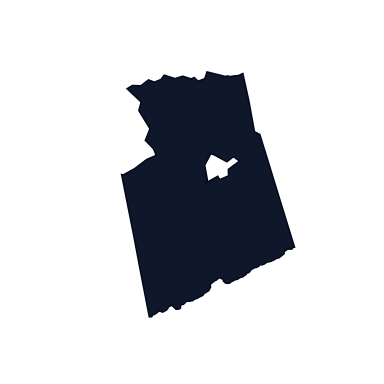 outline of Rockingham, Virginia, United States of America, rotated 218°
{"feature_id": "52423323B95722418747105", "entity_name": "Rockingham", "entity_type": "district", "adm_level": 2, "iso_a3": "USA", "parent_name": "United States of America", "parent_adm1": "Virginia", "projection": "natural_earth1", "projection_center": [-78.991, 38.528], "detail": "fine", "context": "isolated", "style": "filled", "palette": "ink", "viewbox_px": 384, "rotation_deg": 218, "n_neighbors": 0, "source": "geoboundaries", "source_scale": "gbopen_adm2", "svg_char_len": 2034}
<svg xmlns="http://www.w3.org/2000/svg" viewBox="0 0 384 384"><g transform="rotate(218 192 192)"><path d="M77.2,211.6L124.1,244.3L153.0,264.5L174.0,279.1L179.9,278.0L203.4,298.9L224.9,316.7L227.1,312.4L232.0,307.7L232.1,306.9L235.4,305.4L236.9,303.6L254.1,295.9L251.7,289.1L255.4,283.1L260.7,283.6L262.5,280.5L270.6,277.6L275.2,270.9L285.9,267.0L285.7,261.7L289.3,255.4L295.3,253.6L297.7,244.2L304.5,239.3L306.8,233.4L287.5,231.6L284.0,223.4L264.1,216.0L260.5,203.9L249.1,202.4L245.7,200.6L242.9,198.6L247.7,189.8L251.6,175.1L256.6,163.4L258.2,162.4L210.8,121.5L187.5,101.0L148.8,67.3L147.5,68.3L146.9,69.1L147.3,70.8L147.2,71.2L146.2,72.5L145.3,75.1L145.0,76.6L145.0,77.2L144.9,77.5L144.5,78.0L143.2,78.8L141.7,78.9L140.9,79.7L139.5,83.1L139.3,85.2L139.7,85.7L139.8,87.2L138.5,89.7L137.9,90.2L136.6,90.2L132.5,89.7L131.7,90.3L129.9,92.2L129.7,93.3L130.1,94.2L130.6,94.7L130.9,95.2L131.0,96.8L130.9,97.3L130.2,97.4L129.7,98.0L129.3,99.7L129.2,101.6L129.1,102.1L128.0,103.5L126.8,104.3L124.4,107.0L124.3,108.1L124.0,109.1L123.2,110.2L122.2,112.0L121.5,113.9L120.4,115.9L119.8,117.6L120.1,119.2L118.1,124.5L118.2,125.4L118.3,125.7L118.7,128.3L119.6,129.3L120.4,129.8L120.7,130.7L119.6,135.6L118.7,137.3L118.1,139.9L118.1,141.1L113.9,142.4L112.3,141.1L109.6,140.9L109.0,141.0L106.6,142.9L106.2,143.6L105.5,146.4L104.9,147.1L104.8,147.3L104.6,147.8L104.4,148.4L104.2,149.5L103.6,149.8L102.6,150.9L101.4,154.2L101.3,154.3L99.9,156.2L98.7,159.9L98.6,160.6L99.0,161.7L97.5,163.7L97.6,166.3L97.8,166.6L97.6,167.2L96.2,170.7L94.9,172.2L94.7,172.5L93.8,174.2L93.6,175.2L93.9,176.1L93.8,176.6L92.7,177.2L92.6,177.3L92.0,177.6L90.7,179.7L89.7,183.0L88.2,184.6L86.8,186.5L85.7,188.7L84.3,192.2L83.0,193.5L81.4,200.1L82.6,201.6L82.3,202.8L81.8,204.7L81.7,205.2L81.5,205.7L80.0,207.1L78.8,207.8L78.1,208.9L78.3,210.5L77.2,211.6ZM173.2,227.2L177.8,218.8L181.4,220.3L186.9,207.1L187.0,210.7L198.5,221.0L200.7,233.8L197.5,234.9L183.1,237.3L181.1,245.3L173.6,245.6L177.3,232.3L173.2,227.2Z" fill="#0f172a" stroke="#020617" stroke-width="1.5"/></g></svg>